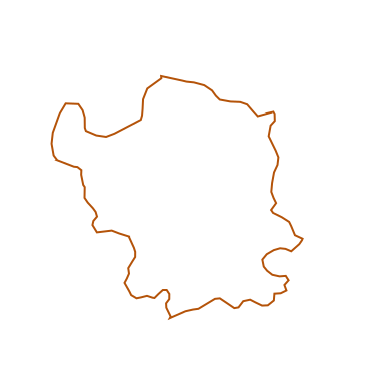 Bonghwa-gun, North Gyeongsang, South Korea, rotated 244°
{"feature_id": "91817680B47987210748527", "entity_name": "Bonghwa-gun", "entity_type": "district", "adm_level": 2, "iso_a3": "KOR", "parent_name": "South Korea", "parent_adm1": "North Gyeongsang", "projection": "mercator", "projection_center": [128.885, 36.914], "detail": "fine", "context": "isolated", "style": "outline", "palette": "amber", "viewbox_px": 384, "rotation_deg": 244, "n_neighbors": 0, "source": "geoboundaries", "source_scale": "gbopen_adm2", "svg_char_len": 1695}
<svg xmlns="http://www.w3.org/2000/svg" viewBox="0 0 384 384"><g transform="rotate(244 192 192)"><path d="M279.8,84.5L266.5,96.9L264.6,99.9L260.1,102.1L256.0,99.9L246.0,97.3L243.4,97.7L233.8,92.8L228.2,93.6L220.8,95.8L216.3,96.6L211.5,95.8L209.2,90.6L205.9,88.0L197.4,88.8L192.5,102.9L186.6,108.4L179.5,115.9L178.9,115.6L167.2,115.3L163.1,114.7L158.5,112.4L155.6,107.7L151.5,101.3L146.3,99.6L142.8,95.5L139.9,91.5L130.0,92.1L126.0,92.1L120.8,95.5L119.6,100.2L118.4,106.0L114.4,110.1L113.2,111.8L115.0,117.0L116.7,122.8L115.0,126.3L110.3,126.9L105.7,124.6L103.3,119.9L99.3,118.2L89.4,118.2L88.4,116.8L87.7,133.8L85.9,141.4L84.2,146.6L85.9,165.8L84.2,170.4L76.1,175.1L69.1,179.1L67.9,183.2L71.4,190.2L69.7,197.1L65.0,200.6L59.2,205.2L56.9,210.5L58.6,218.0L64.5,221.5L62.1,227.3L62.1,233.7L67.9,234.3L70.3,240.1L75.5,239.5L77.8,233.7L82.4,227.9L88.3,225.0L93.5,223.8L100.4,225.6L103.3,231.9L103.9,240.1L102.8,246.5L99.9,251.1L95.2,255.2L98.1,265.6L100.4,269.7L101.5,270.9L108.0,265.6L117.9,266.2L122.5,266.2L130.0,261.6L137.6,255.7L141.1,255.2L145.1,262.7L150.9,262.7L157.3,263.3L164.9,267.9L173.6,274.3L178.8,280.7L185.2,284.8L192.2,285.3L200.9,285.3L208.4,285.3L217.1,291.7L219.4,297.5L225.8,300.4L228.7,300.4L229.9,295.2L228.7,296.4L231.0,284.2L239.8,281.9L246.7,280.1L251.9,274.9L256.6,266.2L263.0,257.5L268.2,255.7L274.6,254.6L282.7,249.9L289.7,241.8L293.7,235.4L296.6,231.9L309.8,215.1L307.7,214.3L304.7,197.2L296.9,188.7L288.7,184.2L282.4,180.5L279.1,177.5L278.3,147.8L279.1,138.9L284.7,130.7L293.2,123.3L296.5,123.7L305.8,128.1L313.6,129.6L321.1,128.5L327.1,117.3L321.1,108.1L306.2,92.8L296.9,86.9L285.4,83.6L279.8,84.7L279.8,84.5Z" fill="none" stroke="#b45309" stroke-width="2"/></g></svg>